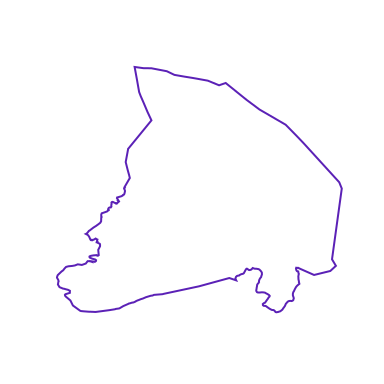 Santa María Ipalapa, Oaxaca, Mexico (Albers equal-area conic projection), rotated 350°
{"feature_id": "50627088B14334632848246", "entity_name": "Santa María Ipalapa", "entity_type": "district", "adm_level": 2, "iso_a3": "MEX", "parent_name": "Mexico", "parent_adm1": "Oaxaca", "projection": "albers", "projection_center": [-98.024, 16.622], "detail": "fine", "context": "isolated", "style": "outline", "palette": "violet", "viewbox_px": 384, "rotation_deg": 350, "n_neighbors": 0, "source": "geoboundaries", "source_scale": "gbopen_adm2", "svg_char_len": 4758}
<svg xmlns="http://www.w3.org/2000/svg" viewBox="0 0 384 384"><g transform="rotate(350 192 192)"><path d="M314.5,293.8L320.9,289.7L318.2,282.6L340.1,214.6L338.7,208.0L310.3,163.2L304.5,154.5L295.9,142.0L272.8,122.5L261.7,110.7L244.1,90.5L237.2,91.6L226.9,85.1L220.4,82.7L216.9,81.4L212.2,79.7L204.4,77.0L195.0,73.6L188.2,68.7L182.7,66.6L173.5,63.1L165.6,61.6L157.2,58.9L157.3,71.9L157.3,77.2L157.3,84.4L158.1,88.5L159.8,95.5L162.1,105.5L164.5,114.4L150.8,126.2L136.5,138.5L136.4,139.0L131.9,151.0L132.5,159.3L133.0,164.4L133.2,167.4L126.4,175.5L126.6,176.0L126.0,176.2L125.9,176.4L125.7,176.7L125.7,176.9L125.9,177.5L126.1,178.3L126.2,179.4L125.4,181.4L125.1,181.9L125.0,182.2L124.6,182.7L123.9,182.9L123.6,182.9L123.3,183.1L123.2,183.4L121.8,183.9L117.4,184.4L117.4,184.5L117.1,184.8L117.0,185.0L118.3,188.2L118.1,188.2L118.3,188.4L118.4,188.7L118.1,188.9L117.2,189.4L117.1,189.5L116.6,189.8L116.4,189.9L116.1,190.3L115.8,190.4L115.4,190.3L115.5,189.8L114.2,189.4L112.3,188.0L111.8,187.9L111.3,188.0L110.9,188.3L110.8,188.6L110.8,189.3L110.8,189.8L110.6,190.0L110.4,190.4L110.2,191.2L110.1,192.0L110.1,192.4L109.3,193.1L109.1,193.0L108.5,192.9L107.9,193.0L107.5,193.1L107.2,193.3L106.7,193.8L106.6,194.1L106.4,194.5L106.9,195.0L106.9,195.4L105.7,195.9L105.0,196.4L102.1,196.9L99.4,197.3L98.7,198.5L98.3,201.1L98.5,201.2L98.1,201.8L97.4,205.1L97.1,205.5L96.8,205.7L96.7,205.9L96.4,206.3L96.1,206.5L93.6,207.8L92.5,208.3L92.0,208.6L88.8,209.9L85.9,211.4L84.6,212.1L83.7,212.4L82.3,213.7L81.7,214.2L80.6,214.8L80.2,214.9L80.7,215.3L81.5,215.8L82.2,216.6L83.0,218.3L83.6,220.9L84.0,221.8L84.5,222.0L85.1,221.7L85.5,222.2L87.8,221.6L89.0,221.1L90.1,222.1L90.6,222.4L89.4,224.9L90.2,225.1L90.0,225.4L92.2,227.0L92.3,228.1L92.0,229.5L89.6,232.7L89.2,238.0L88.4,238.4L87.6,238.3L87.2,237.6L83.8,237.3L81.3,237.3L80.0,237.6L79.7,238.1L80.0,238.9L82.1,240.3L85.0,241.7L85.7,242.5L85.5,243.2L85.3,243.4L85.1,243.5L84.2,243.9L83.3,243.6L82.6,243.3L80.7,242.7L80.9,243.2L79.8,242.6L77.5,242.0L77.2,242.0L75.0,244.0L71.5,244.6L70.8,244.7L68.5,243.9L66.9,243.4L63.9,244.0L61.2,244.0L57.4,243.7L55.0,243.9L53.2,245.2L51.6,246.7L50.0,247.5L49.9,247.5L45.4,250.5L44.8,251.4L44.2,252.6L44.2,253.1L45.0,255.3L45.0,255.7L45.1,256.1L45.1,256.9L44.8,257.2L44.4,258.4L43.9,259.8L45.0,262.7L48.3,264.8L49.1,265.0L50.9,265.9L52.9,266.8L54.6,268.1L54.2,270.1L49.6,270.7L49.0,271.2L49.0,272.1L49.8,273.4L51.5,275.4L53.4,277.7L55.0,283.1L55.3,283.4L60.8,289.1L61.0,289.3L61.3,289.6L62.1,290.0L65.0,290.8L69.7,292.0L70.3,292.1L70.8,292.2L73.1,292.7L76.2,293.4L89.8,294.0L95.8,294.1L96.7,293.9L99.0,294.0L100.3,294.0L104.6,292.4L107.5,291.7L109.9,291.1L110.7,290.8L111.1,290.9L111.9,290.8L113.9,290.5L114.1,290.6L114.4,290.6L114.8,290.6L115.1,290.6L116.1,290.4L117.1,290.1L117.3,290.1L118.0,289.7L120.2,289.2L120.6,289.2L121.3,289.0L122.3,288.8L123.3,288.6L125.1,288.4L128.4,287.6L133.4,287.0L135.2,287.1L136.7,286.7L145.0,287.5L145.7,287.5L146.2,287.4L182.6,286.1L200.8,284.4L213.8,283.2L220.2,286.7L219.7,284.8L220.6,283.2L221.7,282.5L222.5,282.4L223.1,282.4L224.0,282.4L224.5,282.0L226.2,281.5L228.0,281.4L228.9,281.0L230.2,279.4L231.2,278.1L232.2,277.1L232.6,277.0L232.9,277.1L234.5,278.7L235.3,278.9L236.4,278.8L237.0,278.6L237.6,278.2L238.6,277.4L239.1,277.7L240.1,278.3L240.8,278.5L241.9,278.7L243.0,279.1L244.1,279.5L244.9,280.1L245.7,281.2L246.4,282.4L246.8,283.6L246.5,285.5L245.9,286.4L245.3,287.8L244.2,288.7L243.2,289.9L242.4,291.5L242.4,292.3L241.6,293.3L240.8,293.8L240.0,294.8L239.7,295.9L239.1,297.4L238.7,298.7L238.3,299.7L238.1,300.5L238.6,301.9L239.2,302.3L239.8,302.5L240.6,302.6L241.3,302.8L242.3,302.8L243.3,302.9L244.3,303.1L245.3,303.4L246.4,303.8L247.3,304.6L247.5,304.8L248.5,305.5L250.0,306.9L250.5,307.8L250.2,308.4L249.0,309.3L248.3,310.2L247.3,311.1L246.3,312.1L245.4,313.0L244.7,313.7L243.6,313.9L243.0,314.2L242.3,314.6L242.2,315.8L242.8,316.5L243.9,316.8L244.7,317.0L245.5,317.7L246.0,318.3L246.8,319.1L247.8,320.1L248.6,320.8L250.0,321.9L250.8,322.2L251.5,322.3L252.3,322.8L253.1,324.0L253.4,324.7L254.2,325.1L255.5,325.1L256.2,325.1L257.2,324.9L258.3,324.8L259.5,324.1L260.5,323.6L261.6,322.4L262.6,321.5L263.7,320.4L264.3,319.5L265.0,318.4L265.9,317.7L266.6,317.1L267.5,316.5L268.7,316.2L270.0,316.3L271.2,316.7L272.2,316.5L272.9,316.1L273.4,315.1L273.8,314.3L273.7,313.3L273.5,312.1L273.4,311.1L273.8,309.3L274.6,307.9L275.3,307.2L276.2,305.8L277.1,304.7L277.7,303.9L278.8,302.9L279.8,302.2L281.8,301.1L281.8,300.4L281.6,299.5L281.8,298.5L281.7,297.3L281.7,296.1L281.9,295.1L282.0,293.8L282.4,292.6L282.6,292.0L283.0,291.2L282.8,290.5L282.8,289.2L282.8,288.7L281.7,288.2L281.3,287.4L281.1,286.7L281.2,285.8L281.1,285.5L281.5,284.7L282.5,285.1L283.2,285.0L285.3,286.5L297.8,294.9L314.5,293.8Z" fill="none" stroke="#5b21b6" stroke-width="2"/></g></svg>